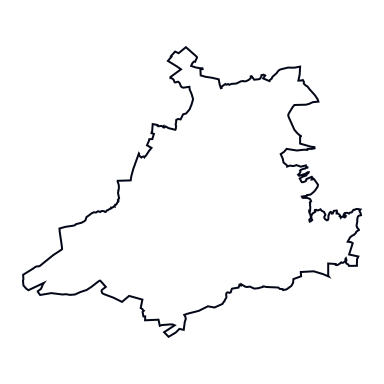 outline of Nusfalau, Salaj, Romania
{"feature_id": "2599482B13357577818513", "entity_name": "Nusfalau", "entity_type": "district", "adm_level": 2, "iso_a3": "ROU", "parent_name": "Romania", "parent_adm1": "Salaj", "projection": "equal_earth", "projection_center": [22.717, 47.205], "detail": "fine", "context": "isolated", "style": "outline", "palette": "ink", "viewbox_px": 384, "rotation_deg": 0, "n_neighbors": 0, "source": "geoboundaries", "source_scale": "gbopen_adm2", "svg_char_len": 5992}
<svg xmlns="http://www.w3.org/2000/svg" viewBox="0 0 384 384"><path d="M168.6,336.8L175.8,332.5L179.4,328.9L183.7,329.9L184.8,321.8L185.8,318.9L185.4,316.9L184.2,314.9L187.6,313.7L198.9,310.8L207.9,306.3L214.5,307.5L222.5,303.9L223.7,301.9L224.5,301.2L224.8,300.1L226.3,297.7L226.4,296.1L226.1,295.0L226.3,293.6L226.6,292.9L227.9,292.3L229.3,292.8L230.7,292.4L231.8,288.9L232.2,288.6L238.5,287.6L239.5,284.7L240.8,285.5L241.1,284.2L245.5,286.8L247.1,287.0L249.9,286.6L254.3,288.6L258.3,288.2L263.2,286.8L263.2,286.4L263.6,286.4L266.6,287.0L277.6,287.5L278.4,287.6L279.8,288.9L282.7,289.1L283.1,290.1L286.5,289.4L291.4,285.9L293.1,282.8L293.4,279.1L301.1,276.3L300.8,272.0L313.7,271.3L323.0,274.1L328.7,276.5L328.2,275.8L328.2,263.5L335.7,264.0L335.7,264.9L337.0,265.2L339.3,264.0L341.2,262.4L342.1,262.9L343.5,262.6L345.4,260.9L345.4,258.9L345.9,258.3L346.5,260.2L345.7,262.1L346.6,263.6L348.2,264.5L349.0,265.9L356.9,265.8L357.0,259.4L358.3,256.5L349.1,254.5L352.7,243.2L351.4,242.3L347.7,241.7L350.2,237.2L352.6,235.4L353.6,235.1L355.8,233.0L356.4,231.6L358.9,230.0L358.7,229.4L357.1,227.6L357.0,226.7L356.7,226.4L356.6,225.1L357.3,221.6L357.2,219.4L357.9,216.6L358.7,215.8L361.0,215.2L360.6,213.2L359.4,210.9L360.5,209.5L357.2,208.9L355.4,209.3L354.7,209.9L353.9,209.7L353.2,210.1L351.8,212.3L349.8,212.7L349.0,213.6L347.1,212.8L344.9,213.0L344.0,214.1L345.9,215.9L345.3,217.2L344.6,217.3L344.4,216.3L343.4,215.8L343.1,216.3L343.3,216.9L342.5,216.6L341.6,216.9L340.9,217.7L340.7,217.0L339.7,216.4L340.1,215.6L339.4,214.6L337.5,213.3L336.6,213.5L336.5,213.1L337.0,212.9L337.1,212.1L336.7,210.5L333.8,210.9L332.7,213.5L331.7,213.5L331.5,212.5L330.8,211.9L329.7,212.6L328.4,215.8L328.4,218.7L328.0,219.8L327.0,220.3L325.3,219.3L324.5,218.3L324.3,216.8L325.4,214.8L324.1,212.0L321.6,210.7L320.5,209.3L317.9,210.5L316.1,209.8L314.9,210.0L314.8,210.6L315.4,211.5L315.2,211.9L312.5,213.5L311.2,216.0L311.6,218.9L312.2,220.0L310.6,221.4L309.7,221.6L309.3,219.8L309.9,219.0L310.7,218.6L310.9,217.3L310.3,214.4L309.2,212.2L309.2,211.2L309.8,211.7L310.1,211.1L310.3,206.5L310.0,205.3L310.2,203.3L309.8,202.8L310.1,202.0L311.1,201.3L310.2,199.2L309.2,198.6L306.9,197.9L303.0,197.9L302.5,197.7L301.9,196.6L306.8,195.8L307.0,195.1L310.1,194.7L311.0,194.2L314.1,191.6L315.5,189.9L317.6,186.7L318.0,184.7L314.0,179.1L311.6,179.5L311.8,178.8L312.7,178.0L311.8,176.8L306.4,179.1L306.1,180.7L304.8,181.6L302.9,182.2L301.7,182.1L299.7,178.5L302.8,176.6L306.2,175.5L307.3,173.8L308.4,173.0L308.7,172.2L307.8,172.2L305.6,173.7L299.1,175.8L298.1,174.7L299.6,173.4L300.4,172.0L300.4,171.2L300.0,170.7L300.7,169.9L304.2,168.6L304.9,168.7L305.8,167.9L307.4,167.7L307.5,167.3L306.2,166.5L305.9,165.4L300.8,166.7L296.5,165.1L294.2,165.9L292.5,166.0L289.8,165.6L287.1,166.6L286.8,165.2L283.5,162.5L282.8,158.8L280.7,154.1L284.0,151.9L286.6,148.9L296.8,150.5L304.2,149.7L307.4,149.9L307.6,149.7L307.6,148.9L311.8,148.9L314.6,148.3L314.4,147.1L310.9,146.7L300.1,143.6L300.1,136.8L300.9,136.4L300.8,135.8L299.8,135.4L297.3,133.2L294.4,129.8L289.0,117.8L288.2,115.5L288.5,114.0L289.5,112.3L292.8,106.9L294.4,105.0L305.9,104.7L309.0,103.9L312.7,102.2L318.4,101.6L317.6,99.2L314.9,95.2L309.5,89.2L307.6,86.6L305.6,85.4L303.8,83.6L303.9,81.9L302.8,80.0L301.4,80.5L298.4,80.6L299.7,74.4L300.1,66.6L294.4,67.7L287.9,67.6L280.2,69.5L278.2,70.9L276.5,73.3L272.9,76.4L272.2,77.3L271.7,78.6L270.0,79.9L269.5,81.1L263.1,78.4L265.2,75.5L263.6,74.7L261.5,75.1L261.4,76.3L259.9,78.8L258.9,79.2L254.2,79.7L251.6,76.2L250.7,76.4L251.0,77.7L249.2,79.6L246.4,81.1L244.3,81.4L243.2,81.0L240.7,81.4L236.5,83.5L231.6,83.9L229.2,84.8L228.3,84.1L226.2,84.7L225.4,84.0L221.6,86.6L221.7,87.9L220.9,88.2L219.7,84.6L218.7,79.3L211.7,77.7L205.5,76.8L200.7,75.4L200.4,69.4L202.6,69.1L202.4,68.3L199.2,68.1L195.5,67.4L191.1,65.9L192.3,63.3L193.5,62.0L194.1,61.5L195.1,61.8L197.0,57.5L196.8,56.8L185.9,47.2L178.6,53.2L175.1,51.6L170.9,56.2L171.5,56.7L167.9,60.9L177.0,66.5L181.0,69.3L170.4,77.1L170.5,78.1L171.2,78.0L173.4,79.4L174.7,82.3L175.6,82.4L178.0,81.7L178.9,82.3L179.6,83.1L181.0,86.4L181.7,87.1L183.2,87.7L189.4,86.8L189.7,89.5L191.8,94.6L193.1,99.3L191.4,105.0L189.5,109.5L186.1,113.5L183.1,114.3L180.6,119.4L178.0,119.0L176.2,120.0L176.1,122.8L175.6,124.5L176.1,126.0L175.9,127.6L175.8,128.9L175.3,129.8L168.5,128.1L165.7,126.5L164.3,127.5L163.5,127.4L163.6,126.0L162.5,126.5L161.2,125.9L158.4,126.3L157.5,125.8L157.6,125.0L152.7,124.1L152.1,132.0L151.7,132.1L151.5,133.2L153.9,133.9L152.3,139.1L149.3,139.2L148.8,141.2L147.0,145.3L151.5,147.9L149.1,150.8L146.1,155.4L145.3,156.4L144.7,156.5L144.3,157.3L143.5,156.5L142.0,156.9L141.4,157.5L140.7,157.1L138.8,154.8L139.1,153.7L138.9,153.4L133.2,169.2L131.3,176.2L130.7,180.4L117.7,180.8L117.6,181.3L118.7,184.7L118.9,186.6L118.8,188.7L118.6,189.9L118.2,190.5L118.4,191.1L118.0,192.9L119.1,198.4L118.0,199.7L118.5,200.9L117.9,201.2L117.9,202.1L117.5,202.3L116.4,204.4L115.2,204.7L115.2,205.4L114.5,206.1L114.6,206.5L114.0,206.3L113.3,207.1L112.1,207.5L111.6,208.1L111.0,207.7L110.4,208.7L108.4,209.7L108.0,210.2L106.9,210.4L105.7,211.9L105.1,212.0L104.0,211.2L102.3,211.0L101.4,211.1L100.2,212.0L98.1,211.2L96.0,212.5L93.9,212.3L92.0,213.1L86.4,217.2L85.6,220.0L84.4,221.2L81.4,222.8L76.1,224.1L75.1,225.1L73.2,225.7L65.6,226.8L58.7,228.7L59.3,228.8L59.7,229.3L59.6,231.0L61.6,244.5L62.1,248.9L61.9,249.4L53.1,255.2L40.0,265.8L38.9,266.3L36.7,266.4L34.9,267.2L33.7,268.2L23.1,274.8L23.4,279.1L23.0,280.7L23.4,285.4L26.3,288.7L28.4,290.2L43.9,282.9L42.9,284.3L41.0,288.9L37.8,291.2L37.7,291.6L40.1,295.0L51.3,293.1L62.5,294.5L66.0,294.2L70.1,294.9L74.9,294.5L80.5,292.0L86.6,290.0L91.5,286.8L98.3,281.5L99.8,280.6L100.4,280.8L105.8,286.9L101.8,290.0L101.6,290.6L101.6,291.6L102.4,293.3L104.4,294.3L113.5,297.7L122.0,301.9L129.1,295.9L142.4,299.6L140.7,308.0L142.6,309.3L143.1,310.4L143.8,310.8L142.6,312.0L143.4,316.4L145.2,316.4L145.1,320.3L158.5,319.7L159.8,325.8L161.7,325.1L170.2,324.4L172.8,324.5L174.7,325.3L164.1,332.2L168.6,336.8Z" fill="none" stroke="#020617" stroke-width="2"/></svg>